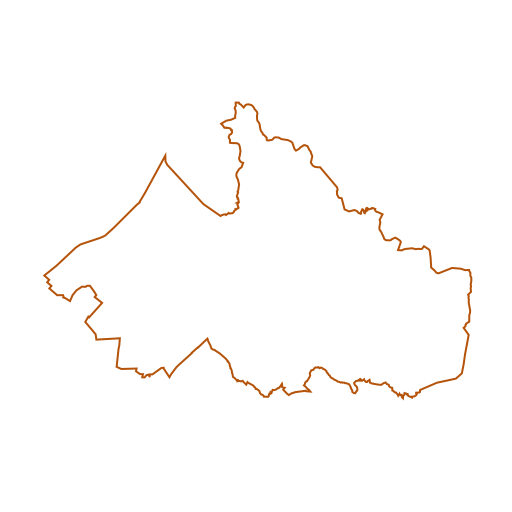 outline of Libres, Puebla, Mexico, rotated 175°
{"feature_id": "50627088B27684829351077", "entity_name": "Libres", "entity_type": "district", "adm_level": 2, "iso_a3": "MEX", "parent_name": "Mexico", "parent_adm1": "Puebla", "projection": "albers", "projection_center": [-97.691, 19.454], "detail": "fine", "context": "isolated", "style": "outline", "palette": "amber", "viewbox_px": 512, "rotation_deg": 175, "n_neighbors": 0, "source": "geoboundaries", "source_scale": "gbopen_adm2", "svg_char_len": 6119}
<svg xmlns="http://www.w3.org/2000/svg" viewBox="0 0 512 512"><g transform="rotate(175 256 256)"><path d="M343.0,153.8L328.3,164.9L328.4,165.2L321.8,170.1L321.7,169.9L311.6,177.9L310.8,174.6L309.4,171.3L308.4,167.6L306.9,166.5L305.3,166.0L305.0,165.5L300.6,162.1L295.2,156.5L293.9,154.7L293.5,153.4L293.1,153.5L291.7,150.7L291.6,148.5L291.1,147.4L291.4,146.7L290.7,145.8L290.1,143.6L290.1,141.5L289.7,140.8L289.5,137.7L289.1,137.2L288.2,136.6L286.1,134.0L284.9,134.1L284.8,133.6L285.2,132.9L283.1,132.9L282.0,132.4L280.1,132.8L279.6,131.8L276.9,128.7L275.5,131.1L274.9,130.4L270.0,127.2L269.0,125.6L268.2,125.1L267.9,123.6L266.6,123.3L264.5,121.4L263.9,119.0L262.8,117.5L261.5,117.1L260.5,115.8L260.4,115.2L256.2,114.7L255.7,115.1L254.7,117.7L253.8,117.5L253.4,119.1L252.5,118.3L251.1,121.2L249.6,120.8L248.9,120.9L246.7,121.7L246.1,122.3L244.1,122.8L243.6,123.7L242.2,125.0L241.6,125.1L241.9,125.7L241.3,126.4L241.2,124.9L242.0,124.2L241.6,123.4L240.4,122.5L239.0,122.2L240.5,120.4L237.3,116.4L235.4,114.6L232.3,116.2L230.3,116.4L229.9,116.8L227.9,117.0L218.3,117.4L217.9,116.9L213.7,116.2L215.0,118.2L216.3,119.1L217.9,121.4L219.5,122.9L218.4,124.3L218.0,125.7L216.7,126.8L216.1,126.8L213.1,130.9L212.4,132.6L212.7,134.5L210.9,137.3L208.8,137.6L208.1,138.7L206.5,139.8L204.7,139.5L203.7,139.9L203.3,139.3L202.6,139.2L202.3,138.7L201.1,139.2L199.7,138.6L199.2,137.8L197.5,137.0L195.9,135.3L195.6,133.8L194.6,132.8L193.9,131.1L193.0,130.5L192.3,128.8L191.1,127.7L190.1,127.3L189.3,126.3L186.4,124.7L185.8,123.9L183.7,123.2L182.7,122.5L181.3,122.7L180.6,122.2L179.2,122.2L178.3,121.5L177.2,121.4L174.6,120.2L174.2,119.7L173.2,117.4L172.6,114.9L171.9,114.0L171.9,112.2L170.5,111.0L169.2,110.6L168.8,111.0L168.0,112.3L166.9,113.2L166.6,114.8L167.0,117.0L168.8,119.0L169.3,120.9L167.4,122.7L165.8,122.8L162.9,124.4L162.3,124.0L162.2,123.3L162.9,122.7L161.2,122.5L159.1,123.7L158.9,122.7L157.3,120.9L156.3,120.8L155.7,121.6L153.7,122.7L153.5,119.9L152.7,119.6L152.0,119.0L146.6,117.5L142.5,116.7L140.0,118.2L137.9,118.7L136.8,117.0L135.0,116.2L134.8,114.9L133.9,113.6L131.8,112.8L131.9,110.1L130.9,109.7L130.5,109.0L129.2,107.8L128.4,107.8L126.8,105.3L126.5,104.4L125.1,106.2L124.9,105.3L124.5,104.9L123.2,105.0L123.0,102.8L122.0,101.5L121.5,104.2L120.4,104.7L120.0,106.5L117.8,105.6L118.1,105.4L117.2,104.3L116.8,104.3L116.7,103.7L116.3,103.3L113.0,101.4L112.9,102.3L110.6,102.3L108.6,103.3L107.9,104.4L108.5,105.3L108.4,105.9L105.2,105.8L104.5,106.2L104.3,108.1L102.8,108.7L86.8,114.0L67.6,116.4L61.2,121.1L58.7,129.6L56.3,139.9L51.0,158.9L55.4,166.3L53.5,167.7L53.4,169.0L52.6,169.7L52.4,170.4L49.3,172.0L48.7,178.3L47.7,181.0L47.4,183.0L48.1,190.5L48.0,192.9L47.7,194.0L48.0,196.2L47.5,197.5L48.1,199.0L44.9,201.6L45.0,205.3L44.4,207.0L44.6,209.1L43.7,212.2L43.4,215.8L44.2,217.7L43.9,220.6L44.8,222.3L44.9,223.5L49.0,223.7L53.1,225.5L61.7,227.0L75.8,222.8L77.8,223.7L79.5,226.1L82.5,229.2L82.2,238.8L82.5,246.0L83.0,247.3L87.8,251.1L90.0,248.7L91.0,248.5L93.5,249.0L96.4,248.9L99.8,250.1L106.4,250.0L108.6,249.6L110.3,248.9L114.0,249.5L110.5,257.2L110.9,258.3L111.8,259.3L115.3,262.0L115.9,262.1L119.5,260.8L120.2,260.1L121.5,259.9L125.4,260.5L126.8,261.9L127.3,264.0L129.4,269.5L130.6,271.3L130.6,273.9L129.2,278.8L129.7,281.2L126.3,286.5L130.2,288.8L132.4,289.7L133.5,291.4L133.1,292.4L135.4,293.6L136.5,293.6L136.6,293.1L140.1,292.6L140.6,292.2L140.3,293.4L141.1,294.2L141.6,294.2L142.0,293.9L143.8,289.1L144.2,289.2L145.2,292.9L146.0,293.3L147.3,291.2L147.7,289.2L148.0,288.9L150.4,290.2L151.1,291.5L151.9,292.2L154.0,293.2L159.4,292.3L163.7,294.7L165.6,306.0L168.5,306.9L170.0,310.5L169.6,312.8L169.8,313.7L169.2,314.2L168.9,315.4L169.3,317.4L184.4,338.8L185.9,338.9L189.6,339.7L191.7,341.3L193.2,344.3L191.3,350.2L191.4,351.3L192.3,353.9L192.4,355.3L193.4,356.5L195.1,360.9L197.7,362.2L198.7,362.2L203.0,359.9L203.5,359.1L207.0,357.5L208.1,358.9L208.5,360.0L209.9,365.6L211.2,367.0L214.2,368.7L220.7,370.3L223.0,372.0L225.8,372.5L227.5,372.4L229.2,370.7L230.1,370.3L233.7,370.0L234.8,370.2L235.2,370.9L235.1,373.0L237.4,375.8L238.4,376.4L238.8,378.0L240.0,379.8L240.6,382.0L241.0,387.1L241.5,388.7L242.5,390.0L243.0,391.4L242.8,395.9L242.2,397.4L242.3,398.8L242.6,399.7L244.8,402.8L245.3,404.3L247.0,406.5L249.9,407.7L252.2,407.7L253.3,407.3L255.3,405.0L257.9,408.2L259.3,409.1L259.7,410.3L262.9,410.6L263.1,407.0L263.7,406.5L264.4,405.2L263.6,402.4L263.8,399.7L264.5,398.1L264.7,395.4L269.1,393.9L273.8,393.4L279.2,390.8L277.6,388.9L276.4,386.6L275.6,386.3L274.6,386.6L274.0,386.1L272.8,386.1L270.3,385.2L269.8,384.0L269.2,383.6L269.6,383.2L269.1,382.7L269.0,381.5L269.3,380.7L270.3,379.6L271.7,379.1L272.7,377.3L272.8,376.3L271.8,373.8L272.1,371.1L270.7,370.7L265.2,370.0L263.6,369.1L263.1,368.2L262.7,366.8L262.3,361.9L263.6,356.8L264.4,354.9L264.3,354.0L263.8,352.3L262.5,350.7L260.7,349.9L262.6,345.8L265.1,344.2L267.9,340.6L268.4,339.2L268.6,337.4L267.3,333.4L266.6,328.8L268.1,322.6L268.8,321.6L268.3,320.9L269.9,317.2L269.8,316.4L269.0,315.7L269.3,314.6L268.7,314.3L268.5,311.4L270.3,310.6L269.4,310.3L269.9,310.0L269.7,309.4L270.1,308.8L269.2,306.0L269.4,305.2L270.2,305.2L271.5,304.2L272.4,304.5L272.5,303.6L273.9,302.7L274.1,302.0L275.5,300.7L278.5,300.6L279.6,301.3L280.1,300.7L282.3,299.5L282.6,300.2L284.6,300.1L286.8,299.6L287.8,298.9L303.9,312.3L336.5,354.6L337.9,358.0L337.6,363.9L360.9,328.8L367.3,319.9L367.2,319.4L369.8,317.8L395.6,296.2L404.3,289.6L406.9,288.5L410.2,287.5L429.9,282.8L434.9,280.0L455.6,263.7L468.6,255.0L464.1,250.3L466.3,248.0L462.4,244.0L464.7,241.7L457.5,234.3L451.6,233.8L451.2,232.1L451.6,231.5L449.7,230.7L445.2,227.3L442.2,232.9L437.9,237.4L431.9,240.7L428.8,240.1L426.6,241.1L424.0,240.8L420.0,234.1L418.5,230.9L420.3,229.2L413.4,222.7L427.6,209.4L428.3,210.2L431.8,205.2L422.6,192.0L422.3,186.6L398.8,185.9L400.0,178.7L401.0,175.6L404.5,157.7L400.0,155.2L384.8,154.3L385.6,151.6L381.9,148.5L378.9,148.1L379.9,145.1L377.9,144.8L377.4,144.8L375.7,146.7L373.6,147.2L373.2,146.9L372.7,145.5L372.6,144.5L372.1,147.3L369.5,147.1L360.0,152.7L357.7,152.7L357.7,151.8L352.8,142.8L350.9,145.6L345.2,151.9L343.0,153.8Z" fill="none" stroke="#b45309" stroke-width="2"/></g></svg>